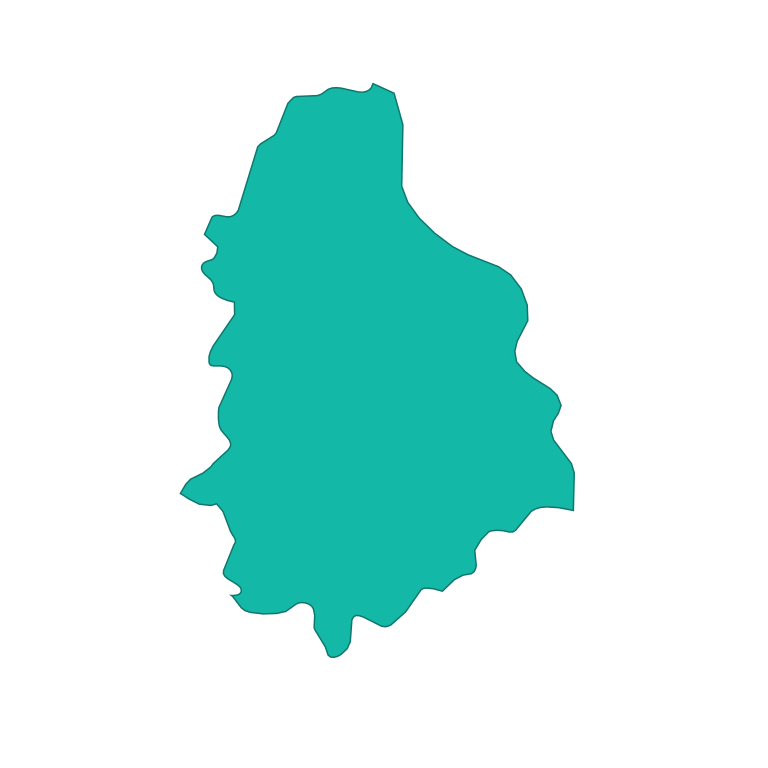 the Region of Zlínský, rotated 293°
{"feature_id": "CZE-10371", "entity_name": "Zlínský", "entity_type": "Region", "adm_level": 1, "iso_a3": "CZE", "parent_name": "Czechia", "parent_adm1": "", "projection": "albers", "projection_center": [17.624, 49.185], "detail": "fine", "context": "isolated", "style": "filled", "palette": "teal", "viewbox_px": 768, "rotation_deg": 293, "n_neighbors": 0, "source": "natural_earth", "source_scale": "10m", "svg_char_len": 2595}
<svg xmlns="http://www.w3.org/2000/svg" viewBox="0 0 768 768"><g transform="rotate(293 384 384)"><path d="M645.7,287.6L630.0,300.1L573.0,323.0L560.5,334.9L550.4,351.7L542.6,371.7L537.3,393.1L535.8,410.6L535.9,414.5L536.7,443.7L533.9,458.0L525.2,473.2L512.6,485.0L498.5,491.6L475.5,489.9L465.2,491.6L456.2,497.4L450.6,508.8L448.0,518.5L444.7,538.7L441.3,547.7L433.4,555.4L425.2,555.9L416.2,554.4L405.6,556.2L398.7,562.0L384.0,587.6L376.4,593.9L341.6,607.7L338.4,593.0L334.3,581.4L331.5,576.2L328.1,572.1L324.1,569.2L300.8,562.3L298.1,560.3L296.8,557.4L295.4,550.6L293.3,544.6L290.5,539.8L288.9,538.2L279.1,534.3L266.4,532.5L252.8,539.9L249.5,540.5L246.3,540.2L243.5,538.5L238.9,531.4L231.3,525.2L216.1,518.7L214.8,509.3L212.6,502.4L211.0,499.9L209.0,498.5L182.5,492.9L165.0,484.5L162.7,482.4L161.0,479.9L160.1,476.5L161.4,456.2L161.1,451.8L159.9,448.5L157.5,446.9L154.3,446.6L133.5,453.7L126.0,453.5L118.2,450.1L115.0,447.5L112.8,444.6L111.8,441.5L112.6,438.5L119.2,432.6L130.4,416.9L132.4,414.9L144.0,410.6L149.4,406.9L151.2,404.3L152.0,401.1L151.8,397.3L150.7,393.7L149.2,391.1L147.4,389.3L136.3,382.5L130.9,374.9L125.2,362.7L121.5,349.9L121.1,344.5L122.2,340.2L129.3,327.7L129.7,326.2L130.1,327.3L132.0,330.7L133.3,332.3L135.0,333.4L136.8,333.7L139.0,333.0L140.8,330.9L141.9,327.8L143.8,315.8L145.0,312.4L146.9,310.1L149.9,309.2L177.6,308.7L179.3,309.0L180.7,308.9L182.6,308.0L184.0,306.5L186.1,303.3L188.4,300.3L203.0,286.4L204.4,284.5L208.3,276.7L204.6,272.1L201.2,260.9L201.9,249.8L203.7,239.3L211.7,240.4L214.3,240.7L220.9,243.2L231.3,252.2L240.3,257.1L244.0,257.9L262.2,266.2L266.6,267.0L269.1,266.2L271.8,263.8L273.9,260.2L275.9,255.9L277.9,252.2L279.7,250.0L281.9,248.2L287.4,245.1L294.7,242.1L298.0,241.2L328.2,241.9L331.3,241.4L333.9,240.3L335.7,238.5L337.1,236.5L337.9,233.8L337.9,230.9L336.9,226.7L334.1,220.2L333.5,217.5L334.3,215.6L335.9,214.3L341.0,212.2L345.8,211.6L352.3,211.9L389.5,219.4L400.9,214.3L399.7,207.2L399.6,200.9L400.0,197.6L400.9,194.7L402.2,192.5L403.8,191.0L409.0,188.1L410.7,186.4L412.3,183.8L415.0,176.0L416.7,173.0L418.7,171.1L420.9,170.2L423.1,170.2L425.4,171.0L427.5,172.7L431.5,177.3L434.0,178.5L439.2,179.0L445.3,177.4L451.6,160.3L470.3,160.5L472.0,161.5L473.5,163.3L474.7,166.1L476.5,174.1L478.1,177.4L480.5,179.7L483.5,181.3L487.0,182.0L553.1,175.1L557.1,176.7L569.9,185.7L572.8,186.7L604.9,185.9L612.3,188.7L614.4,191.0L623.4,209.9L626.3,213.1L633.6,217.6L636.3,220.7L638.1,224.3L639.5,228.5L643.0,247.1L644.6,251.0L646.7,253.7L649.0,255.5L651.5,256.5L656.2,256.5L655.6,279.6L645.7,287.6Z" fill="#14b8a6" stroke="#0f766e" stroke-width="1.5"/></g></svg>